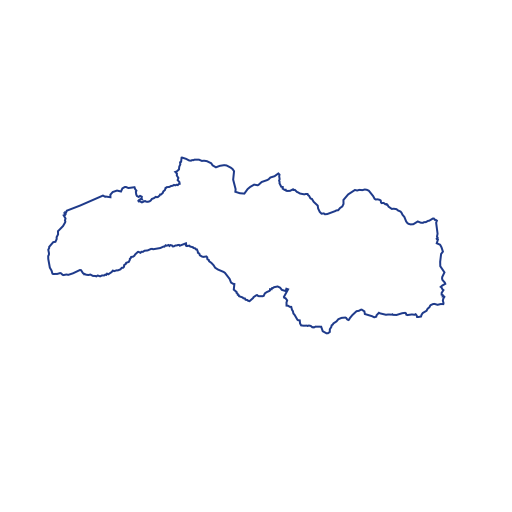 outline of Chiojdu, Buzau, Romania, rotated 308°
{"feature_id": "2599482B83963244368666", "entity_name": "Chiojdu", "entity_type": "district", "adm_level": 2, "iso_a3": "ROU", "parent_name": "Romania", "parent_adm1": "Buzau", "projection": "natural_earth1", "projection_center": [26.168, 45.421], "detail": "fine", "context": "isolated", "style": "outline", "palette": "blue", "viewbox_px": 512, "rotation_deg": 308, "n_neighbors": 0, "source": "geoboundaries", "source_scale": "gbopen_adm2", "svg_char_len": 6139}
<svg xmlns="http://www.w3.org/2000/svg" viewBox="0 0 512 512"><g transform="rotate(308 256 256)"><path d="M394.4,372.3L390.5,370.8L389.5,369.9L387.3,369.0L386.1,367.6L384.9,367.1L383.7,365.4L382.8,362.2L377.9,360.4L376.1,358.4L375.2,356.3L375.2,354.8L375.7,353.0L378.1,348.9L378.7,346.0L379.7,344.0L380.0,342.5L379.3,339.8L379.4,337.9L378.1,335.5L376.7,334.0L376.5,330.0L377.2,328.4L376.8,327.3L377.3,326.9L376.4,325.9L376.4,323.9L375.0,322.4L375.2,321.5L376.5,320.1L376.4,318.9L375.5,316.9L374.2,315.5L374.1,314.2L375.3,311.5L376.9,304.7L376.4,302.6L375.4,300.8L373.4,299.3L371.7,296.7L369.9,295.4L368.9,293.3L361.3,290.7L354.0,290.4L350.9,292.9L348.2,293.5L345.6,292.7L342.7,292.6L341.3,291.2L340.2,290.8L332.9,286.3L331.3,284.6L331.3,283.2L329.7,281.6L330.0,279.1L331.7,275.7L333.7,273.6L334.2,268.1L335.4,264.9L335.0,264.0L335.0,263.2L336.1,260.8L336.0,259.7L336.6,258.5L335.6,257.1L334.3,256.1L332.3,252.2L332.0,249.8L331.7,249.0L332.0,245.9L331.0,244.8L331.3,244.1L328.3,242.7L326.5,240.6L326.0,239.6L326.5,238.6L325.7,237.9L325.5,235.5L326.8,234.7L326.1,233.2L327.8,229.7L328.9,229.0L329.6,227.8L331.1,227.3L333.1,225.2L334.6,224.4L334.8,222.8L330.3,221.5L326.7,219.0L324.1,218.7L322.6,218.0L317.8,214.9L313.7,214.2L312.8,213.8L311.1,210.6L306.9,208.9L303.6,208.2L298.0,208.4L295.5,204.6L293.9,200.2L296.1,198.8L302.1,191.0L309.3,186.5L310.1,184.0L310.1,181.8L309.2,177.0L308.0,175.0L304.8,172.0L301.2,169.8L300.7,166.0L301.5,163.6L300.5,158.9L299.1,156.4L297.6,154.8L296.8,151.8L294.0,148.2L293.0,147.7L292.2,146.6L291.1,146.1L290.1,144.5L289.5,141.1L288.0,137.0L287.7,136.8L284.1,139.0L283.1,138.5L281.5,140.0L279.2,140.5L276.8,142.0L273.8,141.5L272.6,140.7L272.2,143.0L270.7,144.0L269.7,146.8L267.6,147.5L267.1,150.1L265.9,151.4L265.3,150.9L263.7,150.7L263.4,149.7L262.0,148.9L261.5,147.6L260.1,147.1L258.6,145.8L257.2,145.3L255.3,143.3L254.3,143.2L254.0,142.8L252.0,143.6L249.7,143.2L248.4,143.7L246.0,143.3L245.5,142.6L244.3,142.8L242.2,142.4L241.3,141.7L240.9,140.6L238.8,140.0L236.8,138.8L235.0,138.9L233.6,138.5L232.1,137.4L231.2,136.0L231.0,134.7L228.0,133.1L227.6,130.8L226.8,130.0L227.1,129.3L228.1,129.4L230.0,130.1L230.5,131.2L230.9,130.4L232.4,129.5L232.0,127.6L230.3,127.2L230.0,125.2L230.7,123.8L232.6,121.8L233.8,121.6L234.3,119.6L235.4,117.9L231.0,113.6L230.3,111.0L229.5,110.1L227.0,109.1L223.7,109.9L222.0,106.2L218.2,103.7L214.7,103.5L212.7,105.1L210.3,100.9L209.8,100.7L209.4,98.2L187.4,86.3L175.2,79.0L173.6,79.5L173.0,78.8L172.2,79.8L171.7,78.9L170.7,80.2L169.6,79.5L168.3,82.8L166.5,83.5L165.8,84.5L165.0,84.9L160.8,85.5L153.6,84.7L151.2,86.7L148.1,87.3L146.6,88.5L143.7,89.2L142.1,87.7L135.9,87.4L134.9,88.1L133.0,88.5L130.7,91.2L129.5,92.0L128.0,92.3L125.8,94.1L119.9,100.7L118.6,103.9L116.8,106.4L116.9,107.2L119.5,110.4L122.0,112.2L122.3,113.0L122.1,115.2L122.4,116.0L124.7,118.0L125.6,119.7L129.6,122.4L136.6,125.9L137.1,126.9L136.0,130.0L135.9,131.1L136.2,131.6L135.9,132.0L136.4,132.4L136.6,133.5L137.8,135.6L139.4,136.9L139.9,139.7L141.4,141.8L141.6,142.7L143.2,143.3L144.0,145.7L145.8,146.6L147.3,148.4L148.6,148.7L148.9,149.6L150.4,149.5L150.7,150.9L154.4,152.1L156.4,152.2L156.7,153.5L158.9,155.0L159.6,156.0L162.0,157.4L164.1,157.5L164.9,158.5L166.3,158.6L167.6,157.7L169.9,158.3L170.7,157.9L173.0,159.4L175.4,158.9L176.2,158.3L177.1,158.6L178.4,158.2L179.7,159.5L181.3,160.0L182.8,159.8L186.5,160.4L186.9,160.8L187.4,163.0L188.8,163.1L189.6,164.3L191.5,164.9L193.7,167.2L196.9,168.9L197.7,169.8L198.0,170.8L203.4,175.7L206.5,177.3L207.0,178.1L208.8,178.2L209.1,179.3L210.8,180.3L210.6,181.6L211.9,181.8L212.6,183.5L212.3,184.5L213.0,185.3L214.6,186.0L215.7,187.2L216.6,187.7L217.4,188.6L217.2,189.6L222.9,193.0L221.8,194.2L221.2,194.2L221.0,194.8L221.3,195.5L223.1,197.1L222.9,198.3L224.1,200.9L223.8,201.7L224.6,203.5L224.2,204.5L224.8,205.4L223.6,207.5L222.8,208.2L223.0,209.8L222.0,211.3L222.3,213.8L222.9,215.1L225.1,217.2L224.9,218.4L223.7,219.4L223.5,219.9L223.8,221.2L223.0,222.3L223.1,225.1L222.6,228.3L221.6,231.0L221.9,234.3L223.5,240.3L223.6,241.9L221.7,249.3L219.7,252.7L220.0,255.1L220.6,256.2L215.8,259.2L215.7,262.8L215.0,263.3L215.0,264.7L214.2,265.5L214.5,266.6L213.9,267.4L215.1,271.0L214.9,272.1L215.7,273.4L215.1,274.7L216.0,276.4L215.8,277.1L216.4,278.7L221.1,279.6L222.1,279.4L225.4,280.5L225.9,281.0L225.8,282.3L226.1,283.0L228.3,285.9L229.3,286.6L232.0,286.0L234.2,286.7L236.8,288.1L237.5,288.2L238.5,287.5L239.4,288.8L240.6,288.4L241.5,289.2L242.5,289.4L245.3,291.8L245.9,294.5L245.2,297.2L246.5,300.6L247.0,300.8L248.9,300.1L249.5,301.8L240.9,303.2L240.5,303.9L240.9,305.3L240.2,307.9L238.2,308.6L235.7,310.6L236.6,312.1L236.7,313.8L237.6,315.1L235.8,317.4L235.2,319.1L233.7,320.9L233.4,322.6L231.3,327.8L231.3,328.7L232.2,330.1L230.0,332.2L229.1,334.3L230.5,336.6L232.5,339.0L232.6,339.7L233.8,340.5L234.6,342.2L234.5,344.3L235.1,344.7L235.3,345.6L237.0,346.4L240.4,350.9L237.8,354.9L238.5,359.2L239.5,360.3L241.6,360.9L243.7,359.3L246.5,359.0L247.9,358.3L249.3,358.7L250.5,358.5L254.0,359.7L256.9,359.8L259.9,361.5L262.5,364.3L262.7,365.2L262.2,366.8L262.4,368.2L263.1,368.5L264.8,368.2L268.7,368.3L274.4,369.2L276.1,370.8L278.2,371.7L278.8,372.3L279.1,375.5L277.3,377.5L280.0,384.5L280.5,386.9L282.2,388.1L283.5,387.5L286.9,387.8L287.1,388.9L289.7,394.6L291.3,396.2L293.7,399.5L294.0,399.5L294.0,400.2L296.0,403.0L300.9,406.4L303.0,408.5L303.1,409.6L302.3,410.5L302.6,411.6L305.9,414.8L307.3,417.1L308.4,417.6L308.0,419.3L307.1,420.5L308.0,421.6L309.9,423.3L311.8,422.6L313.8,422.5L317.8,424.1L320.1,423.7L322.4,424.2L324.2,423.8L325.1,424.0L327.3,425.2L328.2,426.3L329.3,429.1L331.8,431.1L333.4,433.2L334.3,432.8L335.9,430.7L337.8,429.8L339.8,429.6L339.9,429.0L339.1,428.0L340.0,427.6L340.2,427.2L339.8,426.1L341.2,425.0L344.5,424.7L344.5,423.6L345.4,421.5L345.4,420.6L347.5,421.0L350.6,422.3L351.3,421.1L351.9,417.7L352.7,416.6L354.0,415.7L359.1,414.6L361.4,407.5L364.8,404.7L371.6,400.6L374.5,400.6L377.0,396.9L378.0,394.7L378.2,394.0L377.3,390.6L381.0,389.2L380.7,388.0L380.9,387.7L382.2,387.9L382.8,386.6L385.3,385.4L392.6,378.0L393.3,377.4L395.2,376.8L395.1,375.3L394.6,374.7L395.0,373.1L394.4,372.3Z" fill="none" stroke="#1e3a8a" stroke-width="2"/></g></svg>